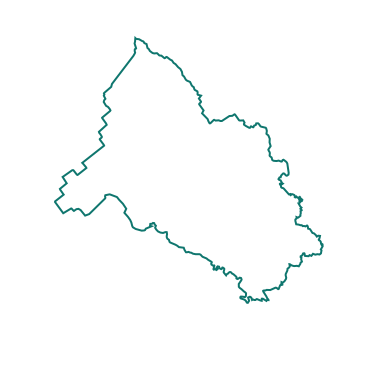 an SVG outline of Perm', rotated 308°
{"feature_id": "RUS-3200", "entity_name": "Perm'", "entity_type": "Territory", "adm_level": 1, "iso_a3": "RUS", "parent_name": "Russia", "parent_adm1": "", "projection": "orthographic", "projection_center": [56.51, 58.891], "detail": "fine", "context": "isolated", "style": "outline", "palette": "teal", "viewbox_px": 384, "rotation_deg": 308, "n_neighbors": 0, "source": "natural_earth", "source_scale": "10m", "svg_char_len": 6080}
<svg xmlns="http://www.w3.org/2000/svg" viewBox="0 0 384 384"><g transform="rotate(308 192 192)"><path d="M169.0,320.0L168.5,319.7L168.5,317.6L168.0,316.7L162.9,314.0L160.9,311.2L159.4,310.3L158.8,309.4L158.0,308.9L157.6,309.2L157.2,310.1L155.5,314.9L154.6,316.6L154.2,318.5L153.9,318.8L153.1,317.6L152.0,317.7L151.5,313.5L151.2,313.0L150.9,312.7L149.2,313.9L148.6,312.6L147.6,309.1L147.3,308.8L146.0,308.5L145.3,307.7L144.8,306.1L143.9,305.8L145.3,303.7L145.2,302.3L145.0,302.0L143.4,301.2L141.4,304.0L139.0,304.2L138.6,303.3L139.3,301.7L139.5,300.3L139.2,298.7L138.2,296.1L138.3,295.3L139.0,294.8L139.7,294.9L140.8,296.5L141.7,298.4L142.9,298.6L144.3,297.8L145.5,296.9L145.7,295.6L145.6,294.2L145.9,290.7L145.8,288.7L146.1,287.3L148.3,285.5L152.8,285.2L153.6,284.9L154.4,283.7L153.9,282.4L151.6,281.6L151.2,280.6L151.3,280.1L152.2,279.7L152.5,278.9L152.7,275.3L152.4,273.7L152.7,272.4L152.6,271.6L152.1,271.0L151.0,270.6L149.9,270.6L148.6,270.0L147.3,270.2L148.0,267.0L148.4,266.2L150.7,265.2L151.5,264.5L151.4,262.7L151.0,262.4L149.9,262.8L149.2,262.5L149.0,261.8L148.9,260.4L149.8,259.3L149.2,258.0L147.7,257.9L147.2,259.5L146.9,259.7L145.5,259.2L145.6,257.8L144.3,257.0L144.5,256.3L145.4,256.2L145.9,255.7L147.7,255.0L147.8,254.7L146.9,253.8L146.8,252.0L147.3,251.3L148.6,251.0L149.0,250.5L148.5,246.3L148.6,244.4L147.5,240.4L147.5,239.6L147.9,237.3L147.6,236.2L145.2,233.1L144.0,230.8L143.7,228.8L143.1,227.8L142.7,226.2L141.4,225.1L140.8,224.3L141.8,221.7L143.0,219.8L140.5,215.6L140.6,213.7L140.3,211.5L138.8,205.9L138.9,205.0L140.1,203.3L140.1,201.2L140.8,200.0L141.7,199.2L143.4,198.3L144.8,196.8L144.0,195.7L141.9,194.4L140.6,192.1L140.0,189.5L140.4,186.9L141.1,185.0L143.2,184.3L143.4,182.6L144.2,181.4L143.6,180.3L142.4,180.1L141.2,178.8L139.6,179.7L140.1,181.2L134.7,178.2L133.0,178.4L132.3,178.0L130.6,176.2L128.2,170.4L127.8,167.1L128.5,165.7L130.6,163.0L131.9,160.5L133.0,156.8L134.0,151.5L138.3,150.5L140.2,144.8L141.0,139.3L141.8,136.1L141.7,135.6L139.6,128.9L139.3,128.4L136.1,125.7L135.1,126.1L134.1,127.3L133.5,127.5L111.3,124.6L107.6,122.3L109.2,115.3L108.8,112.9L107.3,111.5L104.4,110.6L104.4,109.7L104.8,107.2L104.6,106.9L96.0,103.6L99.8,90.2L100.4,89.9L110.9,92.5L112.6,86.9L113.1,86.0L121.7,87.9L124.2,80.8L135.4,84.2L135.9,84.7L136.1,85.0L136.1,85.4L134.8,90.5L134.9,91.2L135.2,91.4L145.9,94.0L146.2,93.5L147.2,89.0L147.4,87.6L174.4,94.2L174.9,93.3L176.6,87.0L177.1,86.7L178.9,87.2L179.9,87.1L180.2,86.6L181.1,84.3L181.5,82.5L182.1,81.6L192.4,83.4L193.1,82.1L195.0,75.6L195.2,75.4L205.4,77.6L206.1,77.5L206.7,76.2L207.3,73.7L207.3,73.0L207.0,71.3L208.6,67.0L210.3,66.3L212.1,66.4L213.6,63.2L214.8,63.0L215.4,61.9L216.0,61.8L225.1,63.6L227.9,62.4L263.2,62.0L266.0,61.6L266.9,61.3L267.6,60.3L268.8,59.3L269.5,59.1L270.2,59.5L270.8,59.5L273.7,55.3L275.5,54.5L278.4,52.6L278.3,53.4L278.5,54.1L279.8,56.3L280.3,59.9L280.7,60.9L280.6,61.5L280.0,62.8L280.6,65.1L278.1,68.2L278.0,70.1L277.2,71.9L277.2,74.4L277.3,75.5L277.9,76.9L279.8,78.9L279.8,80.0L279.5,82.0L279.7,82.6L280.6,83.9L280.5,87.9L281.2,88.4L282.6,88.6L282.9,89.2L282.9,93.2L283.3,95.3L282.4,98.0L282.6,100.3L281.8,104.2L281.8,107.1L280.5,110.1L278.2,112.6L278.1,114.6L276.7,118.0L276.7,119.7L277.4,122.1L277.5,122.8L275.8,126.2L275.6,127.4L275.7,128.8L274.3,130.8L274.2,131.5L274.6,134.2L274.1,135.0L272.4,136.2L272.2,136.7L273.5,139.8L269.9,139.9L268.8,143.4L268.2,143.7L266.0,143.4L265.5,143.7L263.4,150.9L260.2,151.5L259.1,159.4L257.8,161.5L257.0,163.4L257.1,163.9L257.7,164.2L262.2,164.8L262.5,165.0L262.8,166.6L264.9,168.9L265.5,170.8L266.3,171.8L274.9,174.7L276.9,176.9L279.3,177.6L279.5,177.8L279.4,178.7L277.5,184.9L277.8,185.8L280.0,188.3L279.0,190.7L277.6,191.0L277.1,191.5L277.2,193.8L277.8,197.5L278.2,198.1L280.1,198.1L280.6,200.3L280.8,200.5L282.6,200.1L284.0,201.0L285.6,200.4L286.8,201.8L286.7,203.1L286.0,205.3L286.0,206.1L288.0,210.5L287.8,211.3L286.2,213.4L283.7,214.8L283.6,215.4L283.6,217.3L281.8,220.5L278.8,222.6L276.6,225.7L272.5,226.0L271.9,226.7L271.2,228.6L270.6,229.4L268.4,230.8L268.2,231.5L268.2,233.5L266.7,235.4L266.7,236.4L266.9,237.2L268.4,239.5L270.1,241.0L270.9,243.6L271.4,244.0L273.0,243.8L273.7,244.2L273.8,245.1L273.8,247.6L273.6,248.5L273.1,249.6L266.6,256.4L265.1,257.3L263.4,256.8L263.0,256.3L262.9,255.7L263.3,253.5L263.1,252.8L262.7,252.4L259.9,252.1L258.2,252.8L257.4,252.0L255.4,252.2L255.2,253.1L255.7,254.7L254.4,257.7L254.5,258.4L253.7,258.2L253.2,257.4L253.0,256.4L252.6,256.2L252.3,256.4L251.7,258.2L250.6,259.4L250.6,260.1L251.2,261.6L251.2,262.2L249.8,269.8L250.8,270.6L250.2,271.3L250.2,271.7L251.8,272.0L252.2,272.8L252.6,274.5L252.2,275.6L251.3,276.0L251.3,276.7L251.5,277.0L252.7,277.1L252.5,278.7L252.8,279.3L254.5,279.9L254.4,280.4L252.6,280.3L252.3,280.6L252.5,281.3L253.7,281.7L253.9,282.6L253.7,283.7L253.0,283.5L252.6,284.1L252.4,284.1L251.9,283.6L251.0,283.5L252.0,282.5L252.0,282.3L251.6,281.9L250.9,282.2L250.3,283.2L249.5,283.2L249.1,283.5L248.6,283.0L247.2,286.4L247.1,287.9L245.5,287.8L245.4,289.3L245.1,289.7L243.7,289.3L242.4,290.7L240.8,291.4L240.0,292.1L237.3,291.5L237.0,291.2L236.6,289.8L235.7,290.7L234.0,290.4L232.9,291.2L230.7,294.0L231.9,296.0L232.7,298.1L233.4,298.9L233.3,300.3L234.2,301.2L234.8,302.7L236.2,303.1L236.5,303.5L236.1,304.5L234.6,306.1L235.3,307.5L235.3,308.1L233.9,312.1L234.5,313.6L234.3,316.1L233.7,317.8L235.3,318.4L236.2,319.9L234.4,320.8L232.4,321.3L232.2,321.8L232.4,322.8L232.1,324.0L230.6,325.7L230.2,326.6L231.1,326.7L231.1,327.1L229.6,328.4L226.0,328.9L225.7,330.0L223.0,331.4L221.3,331.0L220.2,329.1L218.5,327.7L217.8,325.4L215.2,325.4L214.6,323.5L213.2,323.4L211.3,320.6L211.2,320.3L212.8,318.5L212.8,318.1L212.0,317.4L209.8,317.9L208.3,317.2L207.6,317.6L207.5,318.8L206.3,319.3L204.8,321.5L203.2,321.1L202.1,321.6L199.2,321.9L198.4,320.1L196.5,318.1L196.1,317.3L195.5,315.6L195.3,313.5L195.1,313.2L193.7,314.8L192.3,315.0L190.4,314.5L188.8,315.5L185.0,316.4L184.1,317.0L182.4,319.1L181.2,319.6L178.5,319.8L176.8,319.4L176.3,319.1L176.1,318.0L175.1,318.7L175.0,320.0L174.6,320.3L173.9,319.9L173.5,319.0L172.7,318.9L169.0,320.0Z" fill="none" stroke="#0f766e" stroke-width="2"/></g></svg>